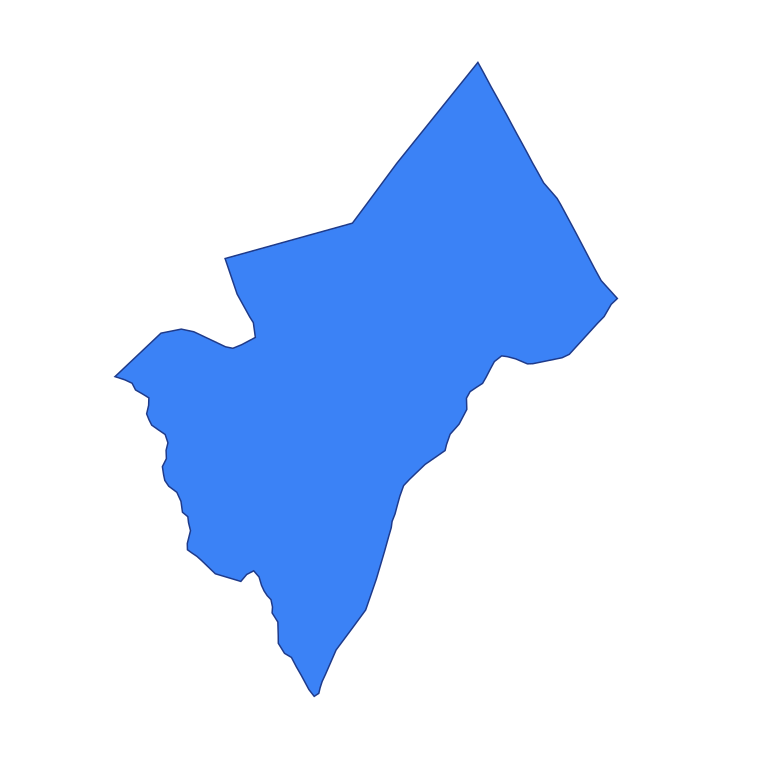 outline of Palhano, Ceará, Brazil, rotated 249°
{"feature_id": "56859067B4489324695943", "entity_name": "Palhano", "entity_type": "district", "adm_level": 2, "iso_a3": "BRA", "parent_name": "Brazil", "parent_adm1": "Ceará", "projection": "mercator", "projection_center": [-38.049, -4.715], "detail": "fine", "context": "isolated", "style": "filled", "palette": "blue", "viewbox_px": 768, "rotation_deg": 249, "n_neighbors": 0, "source": "geoboundaries", "source_scale": "gbopen_adm2", "svg_char_len": 1695}
<svg xmlns="http://www.w3.org/2000/svg" viewBox="0 0 768 768"><g transform="rotate(249 384 384)"><path d="M487.3,135.5L480.7,143.6L475.0,149.1L467.5,149.9L461.6,154.7L455.3,159.5L448.4,156.6L441.2,151.7L434.9,151.8L428.8,152.4L421.8,157.1L415.3,161.6L406.5,161.2L400.2,156.8L392.3,154.1L386.3,147.5L378.2,145.7L372.5,144.8L365.7,146.4L357.1,151.8L347.2,152.4L336.5,149.9L330.4,153.3L324.5,151.8L316.4,150.8L305.6,143.2L299.7,141.1L294.8,144.3L290.1,147.6L284.4,150.5L267.3,158.5L251.0,179.6L255.4,187.6L256.3,195.4L248.6,198.2L240.0,197.5L233.7,197.9L228.3,199.1L223.2,201.2L215.8,200.0L210.4,197.5L199.8,199.6L187.0,195.1L179.8,192.4L168.2,194.6L161.9,199.6L151.5,200.8L142.0,202.3L125.6,204.4L117.4,206.9L118.6,212.3L123.3,215.5L128.5,219.7L133.8,225.2L152.9,244.0L166.2,265.0L179.6,285.9L204.7,307.0L227.4,324.4L240.2,333.9L247.3,339.3L252.8,342.3L258.7,347.7L265.9,352.9L273.6,358.6L282.1,365.9L285.9,373.8L294.2,393.5L300.0,417.2L305.0,420.6L313.4,427.7L319.6,439.7L330.6,452.2L341.2,455.9L346.0,461.6L347.7,468.8L349.3,476.3L353.7,481.7L360.3,489.1L365.4,495.1L368.1,503.9L365.3,509.0L360.3,515.9L351.4,525.1L349.6,530.3L344.7,559.7L345.3,567.6L364.2,605.2L368.1,613.7L377.0,624.7L380.2,632.5L402.7,623.8L416.8,621.9L454.7,617.5L480.9,614.2L487.9,613.3L495.3,612.1L514.6,605.1L529.1,603.1L537.1,601.9L548.7,600.5L561.6,598.8L570.3,597.6L581.3,596.2L591.1,595.0L601.0,593.6L612.6,592.0L622.9,590.5L639.9,588.4L650.6,586.9L585.5,475.1L581.3,468.5L565.3,443.4L556.5,429.6L545.5,412.2L558.1,280.6L520.5,279.1L494.6,282.7L488.1,284.0L473.6,280.6L471.7,265.0L471.5,255.7L475.5,249.4L500.9,225.2L507.9,214.4L511.4,194.0L487.3,135.5Z" fill="#3b82f6" stroke="#1e3a8a" stroke-width="1.5"/></g></svg>